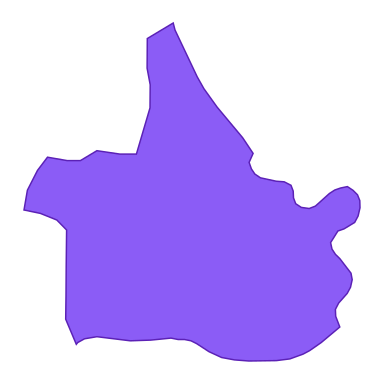 Thosan, Hwanghae-bukto, North Korea (Robinson projection)
{"feature_id": "82179303B9528454471639", "entity_name": "Thosan", "entity_type": "district", "adm_level": 2, "iso_a3": "PRK", "parent_name": "North Korea", "parent_adm1": "Hwanghae-bukto", "projection": "robinson", "projection_center": [126.762, 38.336], "detail": "fine", "context": "isolated", "style": "filled", "palette": "violet", "viewbox_px": 384, "rotation_deg": 0, "n_neighbors": 0, "source": "geoboundaries", "source_scale": "gbopen_adm2", "svg_char_len": 1151}
<svg xmlns="http://www.w3.org/2000/svg" viewBox="0 0 384 384"><path d="M250.4,159.5L253.1,153.4L242.7,137.8L217.1,107.1L203.9,88.7L197.2,76.8L175.0,30.0L173.2,23.0L147.3,38.5L147.2,55.0L147.1,68.2L150.2,84.8L150.0,107.9L143.2,131.0L136.4,154.1L120.0,154.1L96.9,150.7L80.4,160.6L67.2,160.6L47.5,157.2L37.5,170.4L27.4,190.2L24.0,210.0L40.4,213.4L56.8,220.0L66.6,230.0L66.2,266.3L66.0,296.1L65.7,319.2L76.3,344.3L77.8,342.5L84.5,338.8L96.9,336.7L130.3,340.8L150.8,340.1L171.0,338.1L178.1,339.5L184.5,339.5L191.0,340.8L196.6,343.6L209.0,351.7L221.6,357.5L234.5,359.9L248.9,361.0L276.4,360.6L289.9,358.9L303.1,354.1L309.5,350.7L321.3,342.5L339.8,327.0L335.7,316.3L335.4,309.4L338.7,303.0L347.2,293.4L350.5,287.3L352.2,279.7L351.0,273.2L339.8,258.6L335.4,254.3L332.0,249.1L330.6,242.6L337.9,231.0L344.0,228.9L354.7,222.4L358.1,216.0L360.0,207.8L359.8,200.6L357.5,194.8L353.0,190.3L347.4,186.6L340.6,188.0L334.8,190.0L329.4,193.5L315.4,206.1L309.2,208.5L301.3,207.4L295.7,203.7L293.5,197.9L293.2,191.1L291.0,185.3L284.2,181.8L276.1,181.2L260.4,177.8L254.8,174.0L251.4,168.9L249.1,162.4L250.4,159.5Z" fill="#8b5cf6" stroke="#5b21b6" stroke-width="1.5"/></svg>